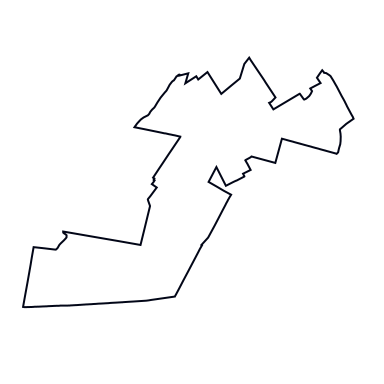 the district of Lehliu Gara, Calarasi, Romania, rotated 190°
{"feature_id": "2599482B17056969376019", "entity_name": "Lehliu Gara", "entity_type": "district", "adm_level": 2, "iso_a3": "ROU", "parent_name": "Romania", "parent_adm1": "Calarasi", "projection": "albers", "projection_center": [26.883, 44.461], "detail": "fine", "context": "isolated", "style": "outline", "palette": "ink", "viewbox_px": 384, "rotation_deg": 190, "n_neighbors": 0, "source": "geoboundaries", "source_scale": "gbopen_adm2", "svg_char_len": 3661}
<svg xmlns="http://www.w3.org/2000/svg" viewBox="0 0 384 384"><g transform="rotate(190 192 192)"><path d="M159.0,334.2L162.7,327.2L164.1,316.0L164.6,312.0L171.4,304.1L180.2,293.7L197.6,312.8L205.4,303.9L207.9,306.7L217.4,297.9L216.3,308.2L224.3,304.6L224.2,305.2L224.5,305.4L225.0,305.4L225.7,304.9L226.2,304.2L227.0,303.3L227.3,303.2L229.2,298.8L229.6,298.6L229.9,298.2L230.5,297.6L231.2,296.5L231.9,295.1L232.6,293.8L233.5,291.0L234.6,287.7L235.2,286.6L236.0,285.4L239.3,279.5L241.6,274.2L243.3,269.7L243.8,268.6L245.6,266.2L247.0,263.7L247.4,262.5L247.6,261.7L248.7,259.9L250.6,258.5L252.6,257.0L254.9,254.6L256.3,252.5L258.0,249.8L258.9,247.9L259.1,247.4L259.4,247.0L259.9,245.8L250.1,245.6L231.9,245.1L230.0,245.0L229.1,245.0L228.1,245.1L226.4,245.0L224.6,244.9L222.6,244.9L220.6,244.8L219.7,244.8L218.7,244.8L215.5,244.6L213.1,244.5L213.1,244.1L219.9,228.8L221.3,225.7L226.1,214.7L228.5,209.3L231.1,203.3L232.4,200.3L232.8,199.4L231.5,198.8L231.8,198.2L231.4,198.0L231.7,197.1L230.9,196.8L231.7,194.9L232.9,192.8L227.5,190.3L229.7,185.9L232.4,180.5L234.1,177.5L234.2,177.0L234.0,176.6L233.8,176.1L233.6,175.7L232.8,174.3L231.5,172.0L230.9,170.9L230.9,170.7L232.5,145.8L233.5,130.9L255.8,130.9L277.6,130.8L312.0,130.7L311.9,130.1L311.7,129.6L310.5,128.9L309.2,128.4L308.0,127.6L307.7,125.6L308.1,124.7L309.7,122.2L312.5,118.4L313.5,116.8L314.2,114.7L314.5,114.0L314.8,113.2L316.1,111.6L317.0,111.5L327.7,110.9L338.4,110.2L338.4,106.3L338.4,99.2L338.3,92.3L338.3,89.5L338.3,74.5L338.4,57.0L338.4,49.5L337.0,49.5L334.7,49.9L334.5,50.0L332.0,50.5L329.6,51.0L327.9,51.4L327.3,51.6L325.9,51.9L323.3,52.4L319.4,53.3L315.2,54.2L313.3,54.7L311.4,55.1L306.6,56.2L303.9,56.7L302.3,57.1L302.1,57.2L297.6,58.0L296.7,58.2L294.5,58.6L293.1,58.9L292.5,59.0L292.0,59.2L291.5,59.3L290.7,59.5L289.8,59.7L289.0,59.9L288.2,60.1L286.8,60.4L285.5,60.7L284.3,61.0L283.6,61.2L283.1,61.3L282.6,61.4L281.9,61.6L280.3,62.0L280.0,62.1L279.0,62.3L277.1,62.8L275.3,63.2L273.6,63.6L272.7,63.8L271.4,64.1L270.3,64.4L269.1,64.7L268.6,64.8L267.3,65.1L266.2,65.4L265.1,65.7L260.2,66.8L257.3,67.5L255.1,68.0L252.7,68.7L247.9,69.8L241.6,71.3L241.4,71.3L240.9,71.5L235.6,72.8L231.0,73.9L218.7,76.9L218.3,77.0L217.9,77.1L217.6,77.2L215.7,77.8L213.8,78.5L208.6,80.2L191.8,85.7L190.7,86.1L190.7,86.3L190.0,88.2L187.8,95.0L186.1,100.4L185.2,103.3L182.2,112.5L180.7,117.2L175.4,133.8L174.4,137.1L172.9,141.2L173.5,141.5L168.2,149.9L163.8,163.0L160.3,174.1L158.7,179.2L157.8,182.0L156.9,184.8L156.3,186.9L155.8,188.3L155.5,189.1L155.2,190.4L154.9,191.0L154.3,192.8L153.0,196.1L161.1,198.8L168.0,201.4L177.4,204.8L172.3,220.8L159.7,204.0L153.1,209.0L150.7,210.7L150.2,210.9L143.3,216.2L143.1,216.4L143.1,216.5L144.9,218.9L138.1,223.9L141.6,228.4L142.3,229.3L142.4,229.5L142.6,229.7L143.0,230.1L145.0,232.5L144.9,232.7L141.1,235.7L140.0,236.7L139.6,237.3L115.0,235.1L112.7,260.1L64.8,255.6L57.3,254.9L56.7,254.8L56.2,254.7L55.0,256.4L54.8,260.6L54.3,264.8L54.5,267.9L55.0,271.2L55.1,272.1L55.9,275.3L56.7,277.5L57.1,278.6L57.2,279.4L55.6,281.3L51.8,286.0L45.6,292.2L46.0,292.8L46.6,293.8L48.3,295.8L54.2,303.3L55.3,304.9L56.3,306.2L57.3,307.6L59.2,310.0L61.2,312.4L67.8,321.0L69.0,322.4L72.3,326.4L75.7,330.2L77.0,330.9L80.5,332.4L81.6,332.3L82.8,332.4L83.1,333.0L84.9,334.5L86.6,331.1L88.8,326.2L84.3,321.6L89.4,317.7L93.5,314.5L91.4,312.3L91.3,312.2L91.8,310.3L92.2,309.1L93.2,306.9L95.7,303.8L97.4,302.6L97.6,302.5L97.8,302.6L98.0,302.7L98.3,303.0L102.9,307.5L103.0,307.5L105.2,305.6L126.2,287.5L131.5,293.2L130.0,294.2L129.6,294.6L129.1,295.2L126.2,299.6L138.7,312.8L140.0,314.3L141.8,316.2L153.6,328.4L155.6,330.5L156.8,331.7L159.0,334.2Z" fill="none" stroke="#020617" stroke-width="2"/></g></svg>